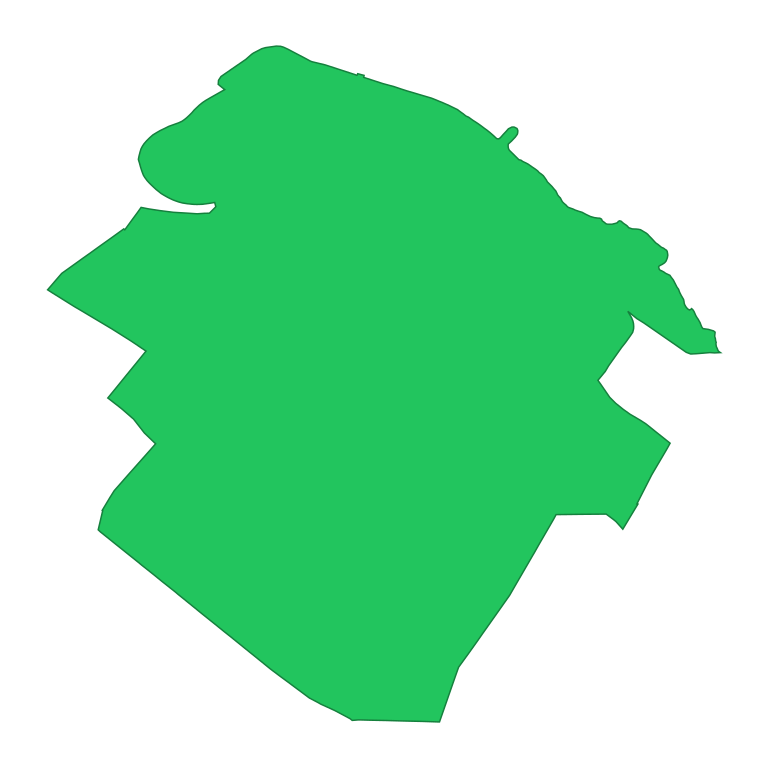 Comuna 14, Ciudad de Buenos Aires, Argentina
{"feature_id": "61730980B11409583290546", "entity_name": "Comuna 14", "entity_type": "district", "adm_level": 2, "iso_a3": "ARG", "parent_name": "Argentina", "parent_adm1": "Ciudad de Buenos Aires", "projection": "albers", "projection_center": [-58.419, -34.574], "detail": "fine", "context": "isolated", "style": "filled", "palette": "green", "viewbox_px": 768, "rotation_deg": 0, "n_neighbors": 0, "source": "geoboundaries", "source_scale": "gbopen_adm2", "svg_char_len": 5624}
<svg xmlns="http://www.w3.org/2000/svg" viewBox="0 0 768 768"><path d="M102.2,510.4L102.7,510.7L98.2,529.8L100.5,532.0L113.7,542.6L138.4,562.4L142.0,565.4L153.1,574.2L162.2,581.6L171.4,588.9L172.7,589.9L175.7,592.3L178.0,594.3L189.0,603.2L200.3,612.4L201.9,613.7L210.5,620.6L221.8,629.7L224.5,631.9L232.7,638.4L232.9,638.6L245.6,648.9L259.1,659.8L270.2,668.8L272.8,670.8L281.2,677.1L281.5,677.3L283.4,678.7L296.2,688.2L308.8,697.6L309.7,698.2L318.1,702.6L320.7,704.1L334.7,710.5L350.1,718.7L352.2,720.4L358.4,719.9L359.6,719.9L371.0,720.2L387.0,720.5L390.2,720.6L404.7,721.0L422.2,721.4L437.6,721.9L439.5,721.9L445.2,705.5L450.8,689.4L455.8,675.1L458.6,667.2L468.9,653.0L476.6,642.2L481.5,635.2L482.3,634.0L483.1,632.9L496.6,613.8L509.7,595.2L516.6,583.2L522.2,573.6L532.8,555.3L534.0,553.3L538.8,544.8L553.4,519.6L556.1,514.6L565.7,514.5L581.5,514.3L605.0,514.1L606.2,514.1L613.3,519.4L614.9,520.7L615.9,521.5L622.8,529.2L630.0,517.2L637.9,504.1L636.9,503.9L651.7,474.9L653.5,471.8L665.8,450.9L667.8,447.4L670.1,443.2L654.3,430.6L646.1,424.0L640.6,420.4L630.0,414.2L623.3,409.4L615.7,403.3L609.7,397.3L600.7,384.2L597.9,380.3L599.6,378.3L605.3,371.4L608.6,365.8L621.5,347.6L625.7,342.3L630.7,335.3L632.7,332.3L633.6,328.8L633.7,326.5L633.5,323.6L632.9,321.0L631.6,317.8L627.8,311.3L637.1,318.8L638.0,319.3L643.6,322.8L648.7,326.3L686.2,352.3L690.7,354.0L696.6,353.7L709.9,352.6L714.7,352.9L720.4,352.6L719.1,351.7L718.1,350.7L717.3,348.6L716.3,346.5L715.9,343.7L716.2,342.5L715.6,340.6L715.4,338.7L714.7,336.4L714.8,335.0L715.1,332.4L714.9,331.9L713.5,330.9L708.5,329.4L705.0,328.9L703.0,328.6L702.0,327.4L701.1,325.4L700.1,322.7L698.0,319.0L696.9,317.5L695.7,315.4L694.8,313.3L694.0,311.5L692.9,309.8L691.6,308.6L690.9,309.3L689.6,310.0L688.2,309.3L687.2,308.4L685.9,306.8L684.6,304.5L684.2,303.1L684.0,301.5L683.6,299.5L681.2,295.4L679.6,292.2L678.6,289.4L676.9,287.0L673.4,280.1L671.1,277.1L669.9,275.3L668.6,274.7L667.1,274.0L665.6,273.3L664.0,272.1L662.5,271.3L661.5,270.7L660.6,270.5L659.3,269.4L658.6,266.9L659.0,266.2L660.0,265.5L662.0,264.5L663.9,263.3L664.7,262.7L666.0,261.2L666.8,259.3L667.4,257.6L667.8,255.2L667.6,253.6L667.2,251.4L666.5,250.2L665.9,249.9L665.0,249.3L664.0,248.5L662.8,247.8L661.6,247.4L660.0,246.1L657.8,244.3L656.0,243.1L654.9,242.0L652.8,239.7L651.4,238.2L649.2,236.0L647.7,234.3L646.2,233.1L643.5,231.5L640.5,229.7L638.5,229.3L635.8,229.0L634.7,229.0L632.3,228.9L628.7,227.7L627.4,226.1L626.5,225.4L625.9,224.9L624.6,224.1L623.0,222.9L621.1,221.2L619.6,220.8L618.3,221.4L617.5,222.6L616.1,223.2L612.1,224.2L607.5,224.2L606.0,223.8L604.9,222.8L603.6,221.8L602.3,220.9L601.5,219.1L599.9,218.2L597.8,218.1L594.3,217.6L590.4,216.5L586.0,214.4L582.1,212.3L578.5,211.2L575.3,210.1L573.0,209.0L568.4,207.4L567.0,206.3L566.4,205.4L563.9,203.3L562.4,201.8L561.4,200.0L560.4,198.0L559.1,196.7L557.7,195.0L556.9,193.2L555.7,190.8L554.3,189.3L552.0,186.5L547.3,181.8L546.5,180.2L545.6,178.9L544.7,177.6L543.3,175.7L541.1,173.9L539.2,172.6L537.7,170.9L535.2,169.0L531.9,166.8L528.1,164.1L526.0,163.0L522.8,161.5L521.0,160.2L518.9,159.7L509.6,150.5L508.8,149.4L508.3,147.8L508.1,145.8L508.3,144.0L509.4,143.0L511.5,141.1L515.3,137.1L517.3,134.3L517.6,133.3L517.8,131.7L517.8,130.4L517.4,129.4L517.0,128.5L515.3,127.6L514.2,127.1L513.2,127.0L511.8,127.1L510.2,127.9L508.4,128.8L506.4,131.1L503.1,134.6L501.2,136.8L500.0,138.0L498.7,138.9L496.8,138.7L495.8,137.8L493.6,135.7L489.9,132.5L486.9,130.1L484.5,128.4L480.4,125.3L477.7,123.4L475.1,121.7L472.9,120.3L470.4,118.5L468.6,117.2L465.9,116.0L463.2,113.8L460.5,111.9L457.5,109.6L455.0,108.4L451.3,106.6L448.1,105.0L446.1,104.2L442.3,102.5L439.0,101.2L436.2,100.0L431.4,98.1L427.3,96.9L424.3,96.0L420.2,94.8L413.2,92.7L407.0,90.9L401.4,89.1L394.3,86.7L382.9,83.6L363.7,77.4L364.1,75.4L357.7,73.7L357.1,75.2L356.7,75.3L355.0,74.6L325.2,64.9L311.9,61.7L310.2,61.0L305.4,58.4L291.5,51.1L288.7,49.6L287.9,49.2L283.6,47.2L280.6,46.3L276.3,46.1L265.6,47.6L261.8,48.7L253.5,53.0L251.6,54.3L245.8,59.4L232.4,68.6L221.0,76.5L218.5,80.3L218.2,84.4L224.7,89.6L212.0,96.8L210.2,97.8L208.7,98.7L205.6,100.5L202.5,102.6L199.4,105.1L195.9,108.4L194.1,110.1L192.0,112.6L189.2,115.4L186.5,117.9L184.5,119.5L182.1,121.2L178.7,122.8L174.5,124.3L168.9,126.3L164.9,128.3L160.3,130.5L156.8,132.5L152.9,134.9L149.6,137.8L146.6,140.8L144.0,143.8L142.3,146.4L141.0,148.9L140.0,152.2L139.0,156.1L138.5,158.6L138.4,159.6L139.0,161.6L139.4,162.8L139.9,164.7L140.5,166.9L141.5,170.1L142.6,173.2L143.5,175.4L144.8,177.5L147.1,180.6L149.0,182.7L151.0,184.7L152.9,186.5L156.1,189.5L158.5,191.4L161.1,193.5L163.9,195.2L167.6,197.3L170.4,198.7L173.0,199.9L175.6,200.9L178.8,202.0L182.6,203.0L187.1,203.7L188.0,203.8L189.2,203.9L190.1,204.0L191.7,204.2L193.1,204.3L194.2,204.4L195.0,204.4L195.8,204.4L197.0,204.5L198.0,204.4L198.7,204.4L199.7,204.4L200.9,204.3L202.0,204.3L203.1,204.2L204.4,204.0L205.3,203.9L206.2,203.8L207.4,203.6L208.3,203.5L209.6,203.3L210.9,203.1L212.7,202.8L213.8,202.6L214.7,202.5L215.8,206.7L214.8,207.8L209.4,213.2L204.3,213.3L197.2,213.8L186.7,213.1L173.4,212.3L159.9,210.6L148.7,208.9L141.1,207.4L138.9,210.5L137.1,213.0L131.5,220.6L124.8,229.8L123.8,228.9L111.6,237.7L100.1,245.9L89.4,253.6L82.9,258.2L78.6,261.3L68.0,268.9L62.4,272.9L61.7,273.4L55.4,280.7L47.6,289.8L52.4,292.9L71.3,304.7L75.5,307.3L77.8,308.6L87.2,314.2L109.5,327.5L111.7,328.8L119.8,333.9L124.7,337.0L128.7,339.5L131.8,341.5L146.0,351.1L134.7,365.0L126.2,375.4L117.7,385.9L107.8,398.0L120.3,407.7L122.5,409.5L132.6,418.3L133.4,418.9L144.4,433.0L155.6,443.8L148.6,451.8L136.6,465.3L127.8,475.2L114.2,490.7L110.1,497.2L102.2,510.4Z" fill="#22c55e" stroke="#15803d" stroke-width="1.5"/></svg>